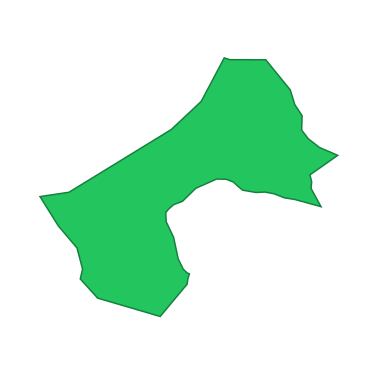 SVG path tracing the border of Šentilj, rotated 320°
{"feature_id": "SVN-986", "entity_name": "Šentilj", "entity_type": "Municipality", "adm_level": 1, "iso_a3": "SVN", "parent_name": "Slovenia", "parent_adm1": "", "projection": "albers", "projection_center": [15.723, 46.676], "detail": "fine", "context": "isolated", "style": "filled", "palette": "green", "viewbox_px": 384, "rotation_deg": 320, "n_neighbors": 0, "source": "natural_earth", "source_scale": "10m", "svg_char_len": 738}
<svg xmlns="http://www.w3.org/2000/svg" viewBox="0 0 384 384"><g transform="rotate(320 192 192)"><path d="M216.3,130.8L257.3,128.5L302.9,110.0L306.1,115.0L333.5,138.1L332.9,177.0L326.9,191.2L325.4,204.3L315.8,215.1L315.3,226.0L318.3,239.9L327.2,257.6L293.4,254.7L290.1,261.3L285.5,265.8L281.4,286.2L266.0,263.9L259.0,255.8L253.7,246.1L247.7,238.8L240.7,233.5L232.0,223.2L230.9,217.5L230.1,210.9L226.5,204.4L219.2,197.9L197.4,191.6L178.9,193.0L169.7,189.9L162.8,190.1L158.7,190.9L153.1,198.2L148.8,214.9L138.4,234.4L135.7,245.5L136.2,250.7L137.4,253.0L133.1,255.8L129.0,259.5L87.6,266.9L51.5,212.7L50.5,186.8L58.6,180.7L67.9,161.0L67.8,131.9L72.6,97.8L97.6,113.1L216.3,130.8Z" fill="#22c55e" stroke="#15803d" stroke-width="1.5"/></g></svg>